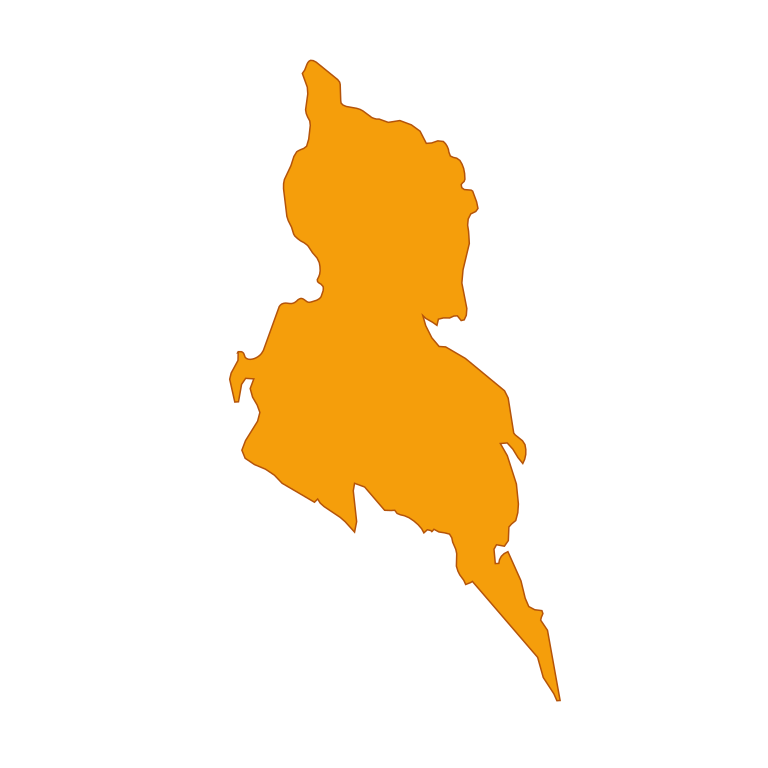 Clare, Robinson projection, rotated 266°
{"feature_id": "IRL-76", "entity_name": "Clare", "entity_type": "County", "adm_level": 1, "iso_a3": "IRL", "parent_name": "Ireland", "parent_adm1": "", "projection": "robinson", "projection_center": [-8.993, 52.861], "detail": "fine", "context": "isolated", "style": "filled", "palette": "amber", "viewbox_px": 768, "rotation_deg": 266, "n_neighbors": 0, "source": "natural_earth", "source_scale": "10m", "svg_char_len": 3455}
<svg xmlns="http://www.w3.org/2000/svg" viewBox="0 0 768 768"><g transform="rotate(266 384 384)"><path d="M525.4,479.0L518.2,478.9L492.4,470.8L479.3,468.7L453.5,471.9L446.8,470.9L442.4,468.5L441.9,465.4L446.9,461.9L446.9,458.4L445.3,454.1L445.8,448.1L444.9,442.8L438.8,440.9L442.1,436.9L446.5,430.3L449.6,427.5L439.2,429.7L426.8,434.9L417.6,441.6L416.7,448.1L403.8,467.0L368.8,503.8L361.3,506.9L326.0,510.0L324.0,511.4L317.7,518.2L313.7,520.4L308.8,520.9L303.8,520.5L299.1,519.1L295.0,516.9L301.3,512.5L310.0,508.0L316.6,502.8L316.5,495.9L303.9,502.0L275.0,509.1L254.9,509.7L246.3,508.5L238.6,505.9L235.4,501.4L232.6,498.6L219.1,497.1L213.8,492.8L215.8,485.0L211.5,482.2L197.1,482.5L197.0,486.0L200.7,487.0L203.9,489.0L206.4,492.0L208.1,495.9L178.1,506.9L160.5,509.9L151.9,512.9L148.3,518.6L146.9,525.7L143.9,526.5L140.3,524.7L137.5,523.8L126.9,529.9L56.0,537.6L56.0,534.4L63.2,531.8L80.1,522.4L100.6,518.2L180.9,458.4L179.9,456.6L178.3,451.5L182.6,449.9L188.3,446.3L192.1,444.7L197.2,443.5L209.6,444.7L214.0,444.1L221.4,441.5L225.8,440.9L229.7,438.9L231.3,434.1L232.6,428.4L235.6,423.7L233.5,421.6L233.4,421.3L234.5,420.6L235.6,417.1L232.7,413.4L236.9,411.5L241.2,408.3L245.3,404.2L248.9,399.6L251.2,395.1L252.4,391.2L254.0,388.0L257.3,385.9L257.3,382.4L258.0,375.8L282.6,357.5L287.0,347.7L279.6,345.9L248.6,347.1L238.3,344.3L249.4,335.6L254.1,330.9L265.9,315.7L269.6,312.1L273.9,309.8L270.9,306.4L292.1,275.4L300.7,268.3L307.3,259.8L312.7,249.1L319.6,240.3L327.9,237.6L337.2,241.9L355.7,255.3L364.3,258.2L371.9,256.0L380.0,252.0L388.8,250.2L398.2,254.5L399.3,246.4L393.6,241.9L376.4,237.6L376.4,233.9L399.5,230.4L405.6,232.3L417.7,240.0L425.3,240.7L425.3,240.1L426.4,240.8L426.2,243.8L425.7,244.9L424.6,246.0L423.6,246.4L420.2,247.4L419.0,248.7L418.2,250.3L417.9,252.3L418.0,254.3L418.4,256.3L419.0,258.0L419.8,259.8L420.7,261.2L421.8,262.7L423.1,264.0L425.9,266.0L468.6,284.9L470.0,286.2L471.0,287.7L471.5,289.6L471.6,291.5L471.3,293.4L470.9,295.3L470.7,297.4L471.0,299.3L471.8,301.1L472.8,302.6L474.0,304.0L474.8,305.6L475.2,307.2L474.7,308.9L473.7,310.3L471.5,312.9L471.0,313.8L470.8,314.4L470.7,315.4L470.9,317.0L472.2,322.5L472.9,324.1L473.8,325.7L475.4,327.3L481.3,329.8L483.3,330.1L485.4,330.1L488.0,328.1L489.3,326.2L490.7,324.9L492.7,324.7L495.4,326.3L498.1,327.5L501.4,328.2L505.8,328.3L509.6,327.9L514.4,326.0L520.0,321.8L526.8,318.0L528.2,316.8L530.6,314.0L531.7,312.2L532.6,310.8L535.1,307.9L537.9,305.3L540.0,304.3L546.9,302.7L553.6,299.9L558.0,298.8L585.9,297.4L590.8,297.8L594.9,298.9L608.3,306.4L617.3,310.0L621.7,313.1L622.5,314.5L623.5,316.9L624.6,320.4L626.6,323.4L633.6,326.0L647.1,328.5L651.6,328.3L655.8,326.4L659.2,325.3L663.0,324.9L678.7,328.2L685.4,328.2L699.5,324.2L702.7,326.8L708.4,329.5L710.0,330.5L711.3,331.8L712.0,333.4L711.5,336.0L709.8,338.8L690.8,359.1L688.2,360.8L685.9,361.2L669.6,360.6L667.2,360.8L665.1,362.6L663.5,365.7L660.9,376.0L659.6,379.3L657.9,382.0L650.7,390.4L649.7,392.4L648.8,395.0L648.6,397.7L644.7,406.5L645.7,418.2L640.6,429.4L633.7,437.6L621.1,443.0L621.1,448.3L622.8,454.6L621.8,460.1L619.5,462.1L616.7,463.6L613.7,464.6L610.8,464.9L606.8,466.1L605.2,469.0L604.2,472.3L601.7,475.3L597.8,477.2L593.5,478.5L588.4,479.1L582.6,479.0L580.4,478.0L579.1,476.3L577.5,474.9L574.4,475.3L572.4,477.6L571.3,484.5L570.2,485.9L559.2,489.1L552.6,490.0L549.7,487.6L547.6,482.4L542.7,479.5L536.6,478.5L530.6,479.0L530.4,479.0L530.2,479.0L525.4,479.0Z" fill="#f59e0b" stroke="#b45309" stroke-width="1.5"/></g></svg>